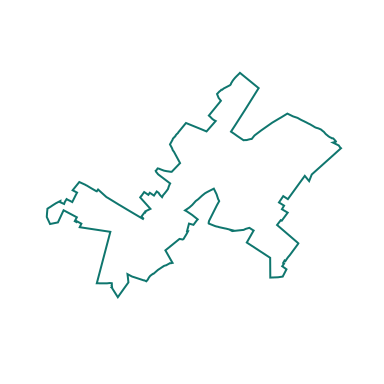 the district of Samahil, Yucatán, Mexico, rotated 208°
{"feature_id": "50627088B51124691471902", "entity_name": "Samahil", "entity_type": "district", "adm_level": 2, "iso_a3": "MEX", "parent_name": "Mexico", "parent_adm1": "Yucatán", "projection": "mercator", "projection_center": [-89.908, 20.848], "detail": "fine", "context": "isolated", "style": "outline", "palette": "teal", "viewbox_px": 384, "rotation_deg": 208, "n_neighbors": 0, "source": "geoboundaries", "source_scale": "gbopen_adm2", "svg_char_len": 4082}
<svg xmlns="http://www.w3.org/2000/svg" viewBox="0 0 384 384"><g transform="rotate(208 192 192)"><path d="M233.8,223.7L230.2,221.3L228.5,219.8L226.9,219.1L216.1,211.9L216.6,210.2L219.4,200.3L220.2,199.9L221.3,199.5L222.5,199.1L223.8,198.6L226.1,197.9L226.8,197.7L229.9,197.3L232.0,197.1L233.4,196.7L233.6,194.9L233.9,193.9L234.3,192.9L233.9,193.3L230.2,191.7L229.0,191.5L215.3,189.3L215.3,188.1L215.2,187.2L215.1,186.0L214.6,183.4L214.9,181.2L215.5,177.9L216.0,175.8L216.0,173.4L217.2,173.8L218.2,174.1L219.4,174.6L221.1,175.6L223.4,175.9L223.9,171.0L228.9,171.5L229.2,169.0L234.2,169.5L234.7,165.6L234.7,165.0L235.0,164.5L235.2,162.9L220.8,157.6L223.9,153.3L223.7,153.2L223.7,151.8L224.3,151.7L225.1,146.6L222.7,145.8L222.7,145.2L240.4,146.0L248.2,146.4L250.7,146.5L250.8,146.5L252.2,146.6L263.5,147.3L264.0,147.3L264.3,147.3L265.4,147.4L276.1,150.1L276.4,147.9L277.0,147.8L282.6,148.0L288.1,148.3L289.0,148.2L289.6,148.3L296.2,147.9L298.2,137.5L293.2,137.5L293.2,134.3L293.0,126.9L293.7,126.9L295.9,126.9L298.0,126.8L299.4,126.9L299.6,123.5L299.3,121.4L303.5,121.1L304.0,122.3L306.8,118.3L308.0,116.2L308.9,114.6L310.0,112.5L310.6,111.5L311.8,109.4L310.0,105.1L308.7,102.2L308.4,101.7L302.3,97.1L296.1,102.2L296.8,115.6L281.8,115.6L281.8,111.2L279.8,111.2L279.8,112.1L274.8,112.1L274.6,108.2L245.4,118.5L233.2,66.7L224.1,71.5L221.9,73.0L220.0,73.8L219.0,72.1L219.0,71.4L218.4,71.2L217.9,70.4L218.1,70.0L217.6,70.0L217.4,69.6L208.1,64.3L207.7,67.5L206.7,75.1L205.7,82.3L208.1,85.9L210.4,89.2L205.3,89.2L202.0,89.8L195.1,91.0L193.2,91.3L192.7,91.6L190.4,91.7L189.9,93.9L189.9,96.2L189.5,98.4L188.1,101.4L187.6,101.7L185.5,107.2L182.1,113.5L181.0,114.7L180.6,114.9L178.5,118.1L178.1,118.8L177.3,119.1L175.9,120.3L177.9,121.5L188.1,128.0L181.0,144.7L177.9,145.7L177.4,146.6L177.3,148.8L177.1,152.2L177.1,155.5L178.0,155.1L179.8,162.7L175.3,163.7L174.5,168.9L174.1,170.5L180.5,171.7L181.0,171.8L187.7,172.5L189.5,172.5L189.3,172.9L187.1,177.0L185.7,180.7L184.7,184.8L184.5,185.7L183.1,188.6L182.8,189.5L181.4,193.5L179.9,197.0L178.5,199.2L177.8,200.2L176.7,201.8L174.3,205.2L169.2,201.5L165.7,198.1L163.7,196.7L163.8,192.1L163.4,175.3L163.4,174.7L163.2,173.7L162.9,173.1L162.8,172.4L162.4,172.0L155.3,172.8L154.0,173.1L152.7,173.5L151.5,173.7L145.8,175.3L144.9,175.6L138.4,177.2L139.2,176.4L138.1,176.4L128.6,182.8L127.2,184.7L124.5,187.3L119.8,186.9L119.5,186.9L119.9,173.1L92.1,170.6L82.7,153.2L76.0,157.1L72.2,159.9L72.3,168.1L77.5,168.8L77.1,171.9L78.2,172.1L78.1,175.0L77.1,174.8L76.9,177.1L76.6,179.5L76.0,182.2L74.0,195.8L74.0,196.6L76.0,197.1L101.4,202.8L100.4,208.8L99.3,208.8L97.8,218.7L104.5,219.0L104.3,223.2L110.3,223.6L109.5,231.2L104.0,230.7L100.0,259.2L93.7,256.6L94.5,263.7L81.0,300.6L82.2,300.9L84.3,302.0L87.3,301.9L90.8,301.8L88.6,303.9L88.6,304.2L90.2,304.8L90.7,305.0L91.5,305.3L92.0,305.4L92.4,305.6L93.0,305.5L93.8,305.1L94.6,305.2L96.2,305.1L97.2,305.2L97.7,305.3L98.1,305.3L98.7,305.5L99.2,305.6L100.5,305.8L101.5,306.1L104.0,307.1L105.1,307.2L107.3,307.7L107.9,307.7L110.3,307.5L111.7,307.2L112.1,307.1L113.5,306.9L115.4,307.0L116.5,307.1L117.6,307.1L119.3,307.2L121.4,307.1L122.6,307.1L123.4,307.1L124.4,307.1L124.8,307.0L125.7,307.1L126.5,307.0L129.2,306.9L130.6,306.9L133.6,307.0L138.3,306.2L144.6,306.0L148.2,299.9L149.7,297.5L153.7,290.9L159.8,278.9L163.1,271.8L163.4,271.0L164.2,266.8L165.2,266.2L167.0,264.6L168.1,263.5L170.5,262.2L170.8,261.9L178.4,262.7L182.0,263.2L185.9,263.6L185.2,271.5L183.7,289.9L182.0,314.0L181.9,315.0L205.6,319.7L205.8,318.9L206.2,317.7L206.5,316.7L206.9,315.5L207.6,313.1L208.1,310.7L208.3,309.4L208.4,307.5L208.5,306.5L208.4,306.0L208.4,305.8L208.3,305.1L208.6,304.1L212.6,298.3L213.4,296.4L214.1,296.1L214.3,295.0L215.0,293.6L215.9,290.3L212.7,287.6L209.3,286.1L213.0,267.4L211.0,266.9L208.5,266.1L206.7,265.8L204.8,265.8L204.4,265.8L207.6,252.3L213.1,251.8L227.7,250.3L229.7,250.1L230.0,248.7L232.1,238.2L232.1,237.8L232.1,237.3L232.6,236.1L232.9,234.9L233.0,233.9L232.9,233.5L233.1,233.0L233.2,232.3L233.5,231.8L233.6,231.0L233.9,230.3L233.7,229.0L233.8,223.7Z" fill="none" stroke="#0f766e" stroke-width="2"/></g></svg>